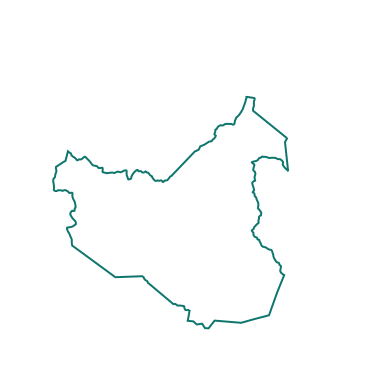 Sabanagrande, Francisco Morazán, Honduras, rotated 121°
{"feature_id": "27666195B51862105966258", "entity_name": "Sabanagrande", "entity_type": "district", "adm_level": 2, "iso_a3": "HND", "parent_name": "Honduras", "parent_adm1": "Francisco Morazán", "projection": "orthographic", "projection_center": [-87.286, 13.79], "detail": "fine", "context": "isolated", "style": "outline", "palette": "teal", "viewbox_px": 384, "rotation_deg": 121, "n_neighbors": 0, "source": "geoboundaries", "source_scale": "gbopen_adm2", "svg_char_len": 6096}
<svg xmlns="http://www.w3.org/2000/svg" viewBox="0 0 384 384"><g transform="rotate(121 192 192)"><path d="M240.5,321.5L241.5,321.0L242.5,320.2L243.8,319.1L244.2,318.8L247.3,318.2L249.6,317.2L250.2,317.2L252.0,317.5L252.8,317.3L254.6,316.3L255.4,315.5L257.1,314.1L259.2,312.6L260.0,312.1L260.9,311.9L261.4,311.5L261.6,310.9L261.6,310.4L261.6,309.6L261.3,309.1L260.8,308.4L259.8,307.9L259.2,307.3L258.0,305.1L257.7,303.6L256.1,302.3L255.7,301.6L255.5,300.7L255.4,299.0L255.5,298.3L255.9,297.5L256.0,296.7L255.8,296.3L255.2,295.7L254.8,295.0L254.4,294.2L254.5,294.0L254.8,293.7L256.5,292.8L257.3,292.3L258.0,291.6L258.6,291.0L261.0,287.3L262.2,286.1L264.0,284.6L264.9,284.0L265.4,283.8L266.0,284.0L266.5,284.0L267.3,283.7L268.0,283.2L268.4,283.1L268.8,283.2L269.1,283.5L269.6,284.3L269.7,284.9L270.2,285.2L271.0,285.4L272.1,285.4L272.8,285.3L273.4,285.1L273.9,284.7L274.4,284.1L275.9,281.3L277.1,277.2L277.4,276.6L277.7,276.1L278.2,275.7L279.5,275.0L283.1,276.6L284.7,278.1L286.6,280.5L287.0,280.7L287.5,280.5L288.3,279.8L289.5,278.4L291.3,275.0L292.7,273.4L293.7,271.8L294.6,270.7L295.2,270.2L296.7,269.4L297.7,268.7L299.6,267.2L304.5,213.8L289.9,191.4L289.9,190.4L290.0,189.6L290.3,189.1L290.9,188.4L291.5,186.6L291.4,185.0L291.7,184.0L292.5,183.0L297.7,150.2L296.9,149.2L296.6,148.7L296.6,147.9L296.8,146.7L296.6,145.4L295.5,143.9L294.7,141.9L294.1,140.7L294.0,140.3L294.0,140.0L294.1,139.7L294.5,139.4L294.9,139.3L295.5,138.4L295.9,138.1L296.4,137.2L296.4,136.6L296.3,136.2L295.5,135.1L295.1,134.6L295.2,133.4L295.1,132.9L304.6,129.3L302.2,124.2L303.1,119.7L299.7,115.5L302.0,110.7L300.3,107.6L290.6,106.4L278.8,82.5L268.6,72.9L258.0,62.5L234.1,67.3L215.7,70.2L215.8,71.4L215.5,73.4L215.3,74.1L214.9,74.9L214.4,75.5L213.9,75.9L211.1,76.9L209.7,77.6L209.3,79.6L209.0,79.9L208.4,80.4L208.1,80.9L208.1,81.7L208.5,82.7L208.4,83.5L208.2,84.4L207.9,84.7L207.1,86.5L205.6,88.7L203.6,90.4L202.9,91.4L201.5,92.8L201.2,93.3L200.9,94.4L201.6,96.4L201.7,97.0L201.5,100.1L201.6,100.8L202.0,101.6L202.2,102.6L202.4,103.3L202.3,104.1L202.1,104.7L201.7,105.3L200.4,107.0L199.5,108.6L198.5,109.6L198.5,110.1L198.8,110.9L198.8,111.6L198.0,112.3L197.7,112.8L197.7,113.2L197.9,113.9L198.0,114.6L198.0,115.3L197.7,116.2L197.3,116.9L196.9,117.4L195.3,118.4L194.7,120.2L194.4,120.7L194.2,120.9L193.9,120.9L192.0,120.2L191.5,120.3L190.8,120.5L189.6,120.5L188.1,120.1L186.2,119.8L184.4,119.0L183.6,119.4L182.6,120.2L180.1,121.0L179.1,121.7L178.5,121.7L177.7,121.6L176.5,120.9L175.7,121.2L174.7,121.6L174.1,122.1L173.6,122.7L172.5,125.3L172.2,126.4L171.9,127.2L171.4,127.4L169.6,128.0L169.0,128.5L167.4,129.4L166.6,130.5L165.0,132.9L163.7,134.1L163.2,136.1L161.6,137.3L161.0,138.3L160.8,138.9L161.1,139.6L161.0,139.8L160.5,139.9L159.0,139.7L158.5,139.7L158.3,139.8L156.6,141.5L154.6,143.8L153.7,144.7L153.1,145.1L152.3,145.1L151.3,144.8L150.9,144.6L150.1,143.9L149.8,143.7L149.2,144.2L148.0,145.4L147.2,145.9L146.7,146.2L144.5,146.7L143.7,147.1L143.0,147.7L142.5,148.2L142.2,148.9L141.9,150.4L141.5,150.9L141.0,151.2L140.1,151.5L137.0,152.3L136.4,152.7L136.2,153.3L136.2,154.6L135.9,155.8L135.8,156.0L135.5,155.9L134.8,155.5L133.7,154.4L132.6,153.2L131.5,152.4L130.8,152.1L128.4,151.9L127.8,151.5L127.5,150.9L125.8,150.3L125.5,150.1L125.3,149.8L125.1,148.8L124.2,147.5L123.7,146.5L123.2,143.5L122.3,142.3L121.1,140.5L119.8,138.0L119.7,136.4L119.5,135.0L118.6,133.8L118.5,133.3L118.5,132.5L118.8,131.0L119.2,129.7L119.7,129.2L121.3,128.6L122.1,127.9L123.2,125.5L123.8,123.4L124.1,121.5L124.7,120.3L101.3,138.0L97.3,138.1L96.8,139.2L91.1,180.0L91.1,180.5L91.0,181.1L90.8,181.5L90.5,181.8L88.8,182.7L86.5,183.2L83.8,184.8L82.7,185.5L82.2,185.7L80.9,185.8L79.7,186.4L79.4,186.7L79.5,187.3L80.2,189.1L81.0,191.0L82.0,193.5L82.5,194.3L83.3,193.8L85.0,193.4L86.6,192.9L89.9,192.1L91.4,191.9L94.5,191.2L97.9,191.1L100.1,191.2L102.5,191.5L104.8,192.1L105.9,192.4L107.2,192.0L108.6,192.0L111.5,190.8L112.2,190.9L112.7,191.0L113.1,191.5L113.3,192.0L113.3,192.8L113.6,193.7L114.9,195.9L115.6,197.2L116.8,198.7L117.0,198.9L117.8,199.1L118.9,199.7L119.4,200.3L119.7,201.2L120.2,202.0L121.5,202.8L122.3,203.2L123.7,203.4L124.8,203.3L125.3,203.3L125.9,203.5L126.3,204.0L126.7,204.0L127.2,203.8L127.9,203.3L128.6,203.0L129.1,202.9L130.2,202.8L130.8,202.6L131.1,202.4L131.2,202.0L131.3,200.9L131.5,200.6L132.5,200.4L134.9,200.5L135.6,200.9L136.2,201.1L137.0,201.3L137.8,201.3L138.4,201.4L138.9,201.9L139.4,202.7L140.1,203.3L145.1,205.8L147.8,207.8L148.6,208.4L149.2,208.4L151.6,208.1L152.3,208.1L152.7,208.3L153.5,208.9L154.8,209.6L155.5,210.3L156.0,210.5L188.8,217.9L189.6,218.4L190.6,218.7L193.1,218.9L194.0,219.1L194.6,219.3L195.0,219.6L195.8,220.7L196.4,221.3L198.3,221.9L198.4,222.1L198.4,222.3L198.0,223.2L197.9,223.6L197.9,224.1L198.0,224.5L198.2,224.9L198.8,225.3L199.3,225.9L199.5,226.4L199.8,227.3L201.2,228.8L201.3,229.1L201.3,230.1L200.9,231.4L200.0,233.5L199.6,234.0L199.2,234.3L199.2,236.5L198.1,239.1L198.2,239.8L198.5,240.3L198.2,242.0L198.2,242.3L198.4,242.5L198.9,242.6L199.9,243.2L200.5,243.8L200.7,244.3L200.8,244.8L200.5,246.1L200.5,246.7L201.5,248.0L201.6,248.5L201.6,249.1L201.2,249.6L201.2,250.1L201.6,250.5L202.5,251.0L204.3,251.6L205.4,251.8L207.8,252.0L209.3,251.9L210.1,251.8L211.6,251.2L212.1,251.2L212.7,251.6L213.0,251.9L213.4,252.5L213.9,252.8L214.0,253.2L213.8,253.5L212.7,254.7L211.1,256.7L210.1,257.5L208.7,258.2L207.7,258.8L207.4,259.2L207.4,259.7L207.8,260.3L208.6,261.2L209.5,261.8L210.7,262.4L211.7,263.3L212.1,263.8L212.5,265.6L212.9,266.2L213.5,266.8L215.6,268.2L216.4,270.3L216.8,271.0L219.2,274.0L219.8,274.8L220.9,278.3L220.9,278.8L220.7,279.2L220.1,279.5L219.3,279.8L218.4,280.3L217.7,280.8L217.4,281.2L217.5,281.4L217.7,281.8L219.3,283.8L219.5,284.3L219.5,284.7L219.2,285.4L219.0,286.1L218.9,287.1L220.0,290.1L220.1,290.7L220.0,291.3L219.6,292.5L218.4,295.5L216.8,301.5L217.0,302.0L217.4,302.4L220.5,303.5L221.1,303.8L221.4,304.2L222.3,305.7L223.7,306.4L223.9,306.7L223.9,307.3L223.4,308.3L223.1,309.6L223.0,311.0L223.0,312.4L222.7,313.7L222.5,314.3L221.6,315.2L221.3,315.8L221.3,317.8L221.0,319.3L230.4,316.5L234.4,318.6L240.5,321.5Z" fill="none" stroke="#0f766e" stroke-width="2"/></g></svg>